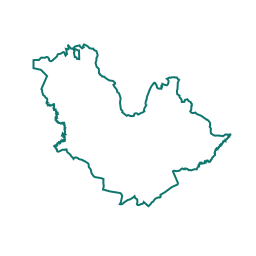 Ayensuano, Eastern, Ghana (Natural Earth projection), rotated 8°
{"feature_id": "2480657B11085167902059", "entity_name": "Ayensuano", "entity_type": "district", "adm_level": 2, "iso_a3": "GHA", "parent_name": "Ghana", "parent_adm1": "Eastern", "projection": "natural_earth1", "projection_center": [-0.482, 5.946], "detail": "fine", "context": "isolated", "style": "outline", "palette": "teal", "viewbox_px": 256, "rotation_deg": 8, "n_neighbors": 0, "source": "geoboundaries", "source_scale": "gbopen_adm2", "svg_char_len": 5768}
<svg xmlns="http://www.w3.org/2000/svg" viewBox="0 0 256 256"><g transform="rotate(8 128 128)"><path d="M25.0,74.0L26.1,81.9L33.7,82.5L40.6,87.8L36.8,101.5L37.7,102.4L37.8,103.6L39.3,107.1L41.3,108.2L42.2,109.5L43.6,110.0L43.9,110.3L44.2,112.1L43.8,114.2L45.0,114.2L44.6,115.3L45.6,116.8L46.9,115.8L47.4,116.7L48.0,116.8L48.8,116.1L49.3,116.2L50.4,115.6L50.7,114.8L51.4,114.7L51.5,115.3L51.1,115.7L51.8,116.3L51.7,117.0L51.9,117.7L51.4,118.5L52.4,119.2L51.9,119.7L52.2,120.4L53.2,120.0L53.1,120.4L54.1,120.6L54.3,121.5L54.9,121.6L54.8,122.3L55.2,122.3L55.4,123.1L55.8,123.0L55.6,123.5L56.2,123.5L56.5,123.9L55.4,124.2L55.7,124.4L55.3,124.7L55.3,125.4L55.9,126.0L55.0,127.2L56.0,127.4L56.2,127.8L55.7,127.8L55.1,128.7L55.1,129.8L55.7,129.7L56.3,131.3L56.8,131.2L57.4,131.9L57.6,131.5L58.1,131.9L57.9,132.3L59.0,132.7L59.8,132.4L61.0,133.1L61.7,132.8L61.9,132.3L62.4,132.3L62.7,131.8L63.4,131.8L63.2,132.5L63.4,132.8L63.8,132.6L63.7,133.2L63.9,132.9L64.0,133.5L64.6,133.4L64.6,134.1L65.1,134.6L65.1,136.5L65.7,136.7L65.3,137.1L65.3,137.9L65.7,138.1L65.4,138.7L66.1,140.1L66.4,142.6L65.8,142.4L65.6,142.7L66.0,142.9L64.7,143.1L64.1,142.5L63.8,144.3L64.2,144.1L64.1,144.7L65.2,144.6L65.1,145.0L65.4,145.7L65.8,145.6L65.6,145.9L66.1,146.1L66.3,145.6L66.8,146.4L66.6,147.4L66.8,148.1L67.2,148.3L67.1,149.8L65.8,149.9L65.6,149.5L65.4,149.9L65.0,149.6L65.1,150.1L64.4,150.0L64.4,150.6L63.5,150.7L63.3,151.3L63.1,150.9L63.1,151.7L62.7,152.2L62.6,151.3L62.1,152.1L61.4,151.7L60.9,152.6L60.2,153.0L60.4,154.3L59.8,154.4L59.9,155.2L59.5,155.1L59.3,155.7L58.5,155.4L58.1,155.8L57.7,155.7L57.4,156.2L60.0,158.4L59.9,158.8L60.7,159.4L61.0,160.7L61.7,161.2L63.3,160.7L66.4,158.5L67.5,158.5L68.6,158.1L68.9,158.4L70.0,157.8L71.2,160.3L74.5,162.4L76.1,164.2L77.8,165.2L78.3,166.2L79.6,164.6L80.9,164.4L82.8,164.9L83.6,165.6L87.6,166.0L88.1,166.6L89.5,166.8L93.3,168.5L93.9,169.1L94.7,172.2L96.9,174.3L98.1,177.7L100.2,180.1L101.8,181.2L108.4,181.4L110.8,181.9L111.2,185.7L112.1,189.0L111.8,192.4L119.0,193.3L129.1,193.5L130.3,194.0L131.7,196.1L131.2,202.8L130.5,204.6L131.3,204.6L133.2,203.9L134.1,202.6L137.7,199.4L140.1,198.3L142.9,196.0L144.0,194.6L144.8,196.3L147.0,197.4L147.7,200.4L147.3,201.9L148.0,202.8L148.8,202.9L150.3,202.4L151.3,201.6L152.3,201.4L153.6,200.4L153.9,199.1L159.1,202.6L160.6,200.8L162.0,198.2L163.1,197.5L164.2,195.2L165.4,193.8L168.2,192.3L169.0,192.5L169.7,192.1L169.9,191.4L169.4,189.7L173.8,186.2L179.5,180.5L185.0,177.0L185.1,175.5L178.6,164.8L178.8,164.2L180.3,163.8L181.6,164.1L184.8,163.1L186.0,161.9L186.4,161.2L187.5,160.5L188.8,161.1L189.6,160.4L190.3,160.9L191.0,160.0L192.9,160.5L193.7,161.3L195.5,161.0L196.4,161.2L199.7,159.5L201.8,159.4L202.5,156.9L202.8,156.5L203.8,156.2L203.6,155.2L203.1,154.8L203.7,154.2L203.6,153.3L204.0,152.7L204.3,153.2L204.7,152.8L204.7,153.3L205.6,153.1L205.3,152.5L205.5,152.3L207.4,152.6L208.8,152.1L208.7,151.0L209.7,151.1L209.4,150.5L209.8,150.6L210.1,149.5L211.1,149.8L211.5,149.2L213.0,150.4L213.6,149.7L214.0,149.8L214.6,148.5L214.4,148.1L215.2,147.3L215.7,145.3L216.2,145.1L217.1,143.5L217.9,142.7L217.8,140.9L217.2,140.6L217.7,137.7L218.0,137.9L218.7,137.3L218.8,136.6L218.4,136.2L218.8,135.6L219.3,135.9L219.1,135.1L219.5,135.7L220.3,135.4L220.4,134.4L220.9,134.3L220.9,133.8L221.6,133.3L221.4,132.5L222.0,132.6L222.1,132.0L222.6,132.2L222.9,131.7L222.4,131.5L222.4,131.0L223.2,130.9L224.0,128.5L224.3,128.7L224.6,127.7L225.1,127.4L225.7,127.5L225.4,126.9L226.1,126.5L226.3,126.7L226.2,125.9L226.7,125.9L227.4,125.4L227.7,124.5L228.1,124.2L227.7,123.5L228.1,123.8L228.5,123.5L228.5,122.6L229.2,122.6L229.0,121.9L229.7,121.8L230.1,120.5L231.0,119.8L228.9,120.6L225.5,120.8L223.3,122.8L218.2,122.9L214.7,123.5L211.1,122.0L210.3,119.9L210.2,117.1L208.7,115.4L209.0,114.1L208.7,112.2L208.2,111.0L207.1,110.0L205.4,108.7L204.9,108.9L198.8,105.7L194.2,104.6L192.5,103.3L191.1,104.1L188.5,104.0L187.3,102.8L188.0,101.5L187.9,98.6L187.6,97.4L188.1,97.0L187.8,95.2L187.1,94.8L186.6,93.7L184.1,92.7L182.9,91.3L180.6,92.2L180.1,94.3L177.6,94.7L177.3,92.9L175.9,91.2L174.9,90.5L174.5,89.6L174.6,88.8L172.0,87.6L171.2,84.1L171.6,82.6L171.0,76.1L171.9,73.2L170.3,72.3L169.5,71.3L168.8,71.2L167.8,71.5L167.1,71.2L164.1,71.8L163.1,72.4L162.2,72.2L159.7,73.9L160.5,74.3L161.5,75.5L161.8,76.7L161.4,79.1L160.5,80.3L157.8,80.1L155.9,79.5L155.9,80.4L155.1,81.6L155.3,82.3L155.9,82.0L156.1,82.4L155.6,84.2L155.1,83.8L154.2,84.7L152.1,84.6L151.1,83.8L150.3,81.6L149.4,81.0L149.2,80.2L148.5,80.0L148.3,79.5L147.5,79.6L145.3,83.6L144.3,86.6L142.5,94.3L142.4,97.8L142.0,98.2L141.9,101.3L142.6,102.9L142.9,103.0L141.7,105.6L141.4,107.1L141.3,108.3L141.9,109.0L141.0,110.1L137.7,112.1L136.5,113.2L136.1,113.3L135.5,112.6L134.7,112.3L133.6,112.3L132.7,112.8L132.2,113.7L132.2,115.0L131.8,115.4L128.4,115.9L127.2,115.2L126.4,115.2L125.7,115.4L125.0,116.1L120.1,113.2L120.3,112.4L119.9,111.6L118.4,110.6L116.6,104.2L116.5,99.4L114.3,94.9L112.2,93.7L112.2,93.0L111.4,91.4L108.5,88.7L107.5,87.2L109.1,85.9L108.8,85.0L106.7,83.5L102.9,83.5L99.1,81.8L97.4,80.5L96.2,80.7L95.9,80.4L95.1,80.5L94.8,80.0L92.7,79.0L92.5,78.1L91.7,77.8L90.9,73.6L89.8,72.6L88.5,71.9L86.8,68.1L87.3,65.5L87.0,62.9L87.5,62.0L87.8,60.0L86.0,56.2L83.5,55.5L82.5,54.2L81.8,54.5L78.6,54.3L77.4,53.1L75.3,52.1L72.8,51.4L72.1,53.3L72.9,54.2L71.5,55.5L68.9,53.8L68.5,52.9L64.3,54.6L63.1,56.2L63.0,56.9L64.1,56.9L67.6,58.1L68.7,58.0L70.1,66.6L67.8,66.6L67.6,65.9L66.3,65.0L65.4,65.1L63.9,60.8L64.5,59.4L62.2,57.0L60.5,57.3L57.3,54.5L57.1,54.8L57.9,56.4L58.1,58.1L57.4,58.5L55.6,58.3L56.4,59.9L56.6,61.4L57.3,63.3L56.1,65.0L54.3,62.0L53.3,61.8L51.0,63.8L48.5,64.6L48.0,65.3L47.7,67.0L43.4,72.0L42.6,72.5L41.7,72.6L40.9,72.2L40.2,71.2L40.2,70.4L38.5,69.0L37.2,69.1L35.9,70.0L32.3,70.4L30.2,73.2L28.3,73.2L25.0,74.0Z" fill="none" stroke="#0f766e" stroke-width="2"/></g></svg>